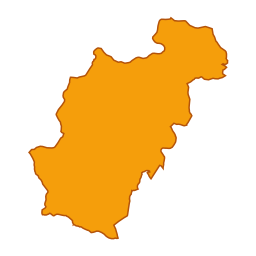 Conop, Arad, Romania (Mercator projection), rotated 271°
{"feature_id": "2599482B88852521299696", "entity_name": "Conop", "entity_type": "district", "adm_level": 2, "iso_a3": "ROU", "parent_name": "Romania", "parent_adm1": "Arad", "projection": "mercator", "projection_center": [21.825, 46.117], "detail": "fine", "context": "isolated", "style": "filled", "palette": "amber", "viewbox_px": 256, "rotation_deg": 271, "n_neighbors": 0, "source": "geoboundaries", "source_scale": "gbopen_adm2", "svg_char_len": 5016}
<svg xmlns="http://www.w3.org/2000/svg" viewBox="0 0 256 256"><g transform="rotate(271 128 128)"><path d="M213.1,216.9L215.3,215.5L215.7,215.1L216.5,214.3L218.6,213.6L220.4,213.0L223.2,211.4L228.7,210.4L229.8,207.0L230.5,204.7L230.8,203.5L229.1,196.3L229.4,193.3L231.7,187.9L236.0,183.7L236.2,182.3L235.8,176.5L236.1,172.7L238.9,169.0L237.8,168.4L237.5,167.0L237.3,164.9L237.2,163.4L237.3,161.4L237.3,159.4L236.4,158.1L235.3,157.4L233.5,156.9L230.5,156.2L226.4,155.8L224.1,155.2L222.0,153.5L219.4,151.2L217.8,151.1L216.3,152.0L214.7,153.2L213.8,154.6L213.3,155.7L213.2,157.8L212.8,159.8L211.1,162.2L209.2,163.3L207.0,163.3L205.7,162.8L204.7,161.4L203.3,160.1L202.8,158.0L202.8,156.2L203.2,152.7L203.0,151.1L202.1,149.8L200.8,147.8L199.6,146.7L198.6,145.5L198.2,144.0L197.8,141.8L198.8,138.3L198.9,136.9L198.3,134.9L195.5,130.8L193.9,129.1L193.4,127.6L192.7,123.7L193.3,122.1L194.1,119.9L193.6,117.1L195.6,112.6L198.9,109.9L199.6,108.2L200.7,105.2L203.2,102.6L207.0,99.8L207.5,96.6L206.7,95.1L206.3,94.7L204.9,93.1L203.6,92.4L202.4,92.4L201.2,92.6L200.5,94.0L199.5,94.6L198.2,94.6L197.1,94.4L195.9,93.3L195.9,92.8L194.4,92.5L193.9,91.8L193.4,91.5L192.6,91.2L191.6,91.2L190.6,91.4L186.5,88.7L182.5,86.3L180.2,84.9L179.4,83.7L178.8,81.4L178.1,78.4L177.1,76.4L177.4,74.3L177.6,72.3L177.7,70.7L177.7,69.6L175.1,68.9L172.4,68.8L170.6,68.1L168.7,67.4L167.6,67.0L165.9,66.6L163.3,63.6L162.0,62.9L159.1,62.5L157.5,62.8L155.5,64.1L153.6,64.1L149.8,61.7L145.3,58.2L140.9,56.1L140.0,56.0L137.0,57.5L134.6,58.9L132.8,60.3L130.7,60.7L128.8,61.4L125.2,61.3L123.4,61.0L122.4,61.8L121.4,63.9L118.1,62.9L116.7,60.9L112.0,58.2L107.9,55.4L107.1,54.3L106.7,52.4L106.8,47.4L108.0,43.0L108.2,40.6L106.9,36.8L105.0,34.7L104.8,32.1L104.0,31.3L101.8,29.5L101.5,29.8L100.5,30.7L96.1,33.3L92.4,35.0L89.4,34.8L87.4,35.3L85.3,35.2L84.4,35.4L82.9,35.7L82.3,36.1L81.2,36.3L80.2,36.8L78.8,38.9L76.4,39.9L74.6,41.9L72.5,43.1L71.1,43.5L70.3,43.8L64.6,48.3L63.6,49.0L62.3,49.0L60.3,47.5L58.2,47.0L54.8,47.3L51.1,46.2L49.8,46.2L49.2,46.4L48.1,47.2L47.5,47.2L46.7,46.7L44.6,43.6L44.3,43.6L42.4,43.4L40.9,43.5L39.8,44.0L39.9,44.9L39.6,46.0L39.6,47.6L39.7,48.1L40.1,48.9L40.6,50.2L41.4,51.3L41.0,52.1L40.3,53.0L39.0,54.8L39.0,55.6L39.8,56.7L40.3,57.7L40.6,58.5L40.5,59.6L40.3,60.9L40.0,62.1L39.7,63.6L39.4,65.3L39.3,66.6L39.4,67.6L38.6,68.5L38.5,68.8L38.3,69.4L37.9,70.1L35.6,72.8L35.1,73.4L34.2,74.2L33.2,74.1L32.2,74.4L31.0,75.2L30.3,75.1L30.5,75.4L30.1,76.5L29.4,77.5L29.1,78.8L29.1,79.7L28.8,80.4L28.2,81.7L28.4,82.1L28.3,83.0L27.1,84.7L26.3,86.4L25.1,89.3L24.9,90.4L24.1,91.5L22.8,93.0L23.0,94.4L23.0,94.6L23.6,96.6L24.3,98.3L24.3,100.1L24.1,101.0L23.0,103.6L21.5,106.0L19.6,107.9L19.2,108.4L18.2,110.0L17.7,111.0L17.1,113.4L17.1,115.6L17.2,115.8L17.5,116.5L17.7,117.8L17.5,118.2L17.4,118.9L17.5,119.3L17.7,120.0L20.1,119.2L20.6,119.2L22.1,118.8L25.9,117.6L26.8,117.4L30.6,115.5L34.4,120.2L34.7,120.6L38.2,125.6L38.4,125.9L40.0,128.6L40.7,129.0L49.8,130.2L52.1,130.5L54.2,130.9L55.0,131.1L55.6,131.0L56.9,130.8L57.1,130.6L58.1,130.9L58.7,130.8L59.2,130.8L59.8,131.0L60.2,131.3L61.1,131.6L61.7,132.3L62.5,132.4L63.9,132.7L65.4,132.9L65.5,132.9L65.4,133.2L65.3,133.7L65.4,133.9L65.5,134.0L65.7,134.3L65.7,134.5L65.7,135.0L65.7,135.6L65.9,136.2L67.1,139.1L67.7,138.8L68.6,138.5L69.6,138.4L70.1,138.4L70.7,138.5L71.5,138.8L71.8,139.0L72.5,139.5L73.1,140.0L73.6,140.4L74.0,140.5L74.6,140.7L75.1,140.7L75.7,140.7L76.1,140.8L76.6,140.8L77.2,141.0L77.7,141.2L78.5,141.7L79.0,141.9L80.2,142.2L80.8,142.3L81.4,142.6L81.9,142.8L82.0,142.7L82.9,142.6L83.5,142.6L83.8,143.1L84.4,143.8L84.5,144.5L84.9,145.5L85.4,146.2L85.8,147.3L85.8,148.1L85.7,149.5L85.2,150.3L84.4,150.4L84.3,148.8L83.6,148.0L81.6,149.4L80.1,150.0L78.4,151.2L77.6,151.9L91.2,160.3L90.7,161.8L89.7,162.6L88.2,163.8L89.3,163.8L91.0,164.1L92.3,164.3L93.8,164.2L94.8,164.5L96.5,164.8L98.7,165.1L100.0,164.9L100.3,164.5L101.2,164.0L101.8,163.6L102.7,163.0L105.0,161.4L105.7,161.3L106.8,161.4L107.9,162.1L108.4,162.8L108.6,163.4L108.5,164.8L108.5,166.5L108.3,169.4L108.5,170.7L109.5,172.5L110.7,173.4L112.2,174.4L114.8,175.8L116.0,176.0L118.9,176.3L119.9,176.1L120.4,175.6L121.1,175.6L122.3,175.1L123.6,174.4L125.9,172.7L127.0,172.2L128.6,171.5L129.5,171.0L130.0,170.4L133.5,173.8L132.5,176.6L132.7,178.4L132.4,180.3L131.5,183.0L131.2,184.1L131.9,186.7L132.8,186.7L134.5,187.9L141.3,191.6L143.2,190.6L143.4,190.1L145.4,189.1L146.3,189.1L149.1,188.7L149.6,188.7L151.4,188.8L157.8,189.3L162.7,187.5L164.9,187.3L169.8,187.9L173.4,186.3L175.2,189.8L176.1,190.9L177.1,192.0L177.8,193.3L178.9,194.1L179.2,195.3L179.1,197.2L179.1,197.8L180.4,200.1L180.4,200.7L178.1,203.5L177.6,207.7L178.9,211.3L179.2,212.2L178.8,214.1L178.7,217.3L179.3,218.6L180.1,221.5L182.0,224.5L183.7,221.9L184.6,221.6L187.6,221.9L188.3,223.4L190.4,225.5L191.6,224.1L193.2,221.0L193.9,222.0L193.4,222.9L193.3,223.8L193.7,225.1L194.8,226.4L195.8,226.3L197.0,226.5L197.6,225.9L199.2,224.9L200.4,225.2L203.8,225.2L206.0,224.6L207.0,223.7L210.0,219.2L212.6,217.3L213.1,216.9Z" fill="#f59e0b" stroke="#b45309" stroke-width="1.5"/></g></svg>